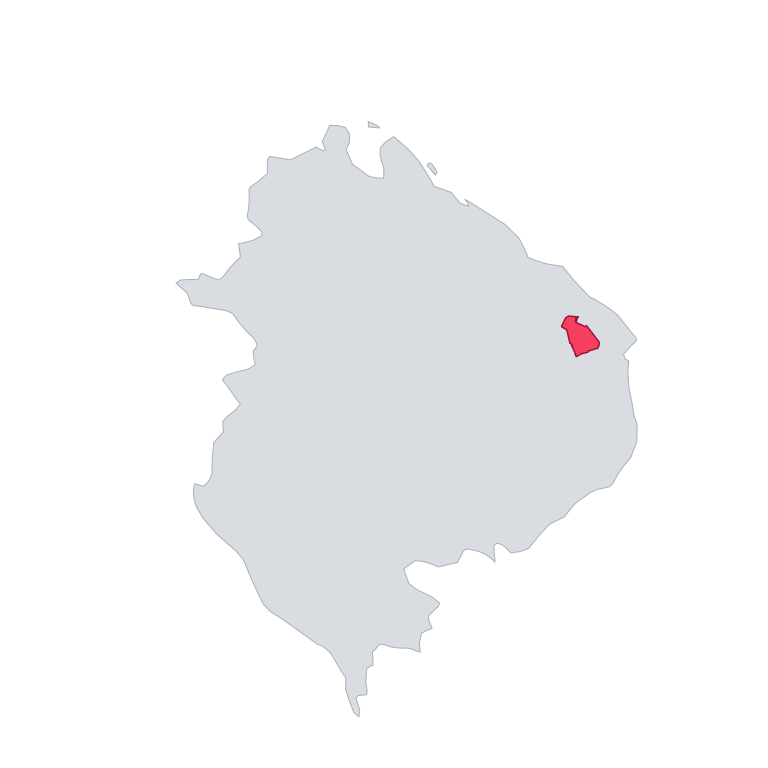 Bavel, Batdâmbâng, Cambodia (highlighted), rotated 143°
{"feature_id": "14789045B6741933347766", "entity_name": "Bavel", "entity_type": "district", "adm_level": 2, "iso_a3": "KHM", "parent_name": "Cambodia", "parent_adm1": "Batdâmbâng", "projection": "equal_earth", "projection_center": [102.818, 13.225], "detail": "fine", "context": "in_parent", "style": "filled", "palette": "rose", "viewbox_px": 768, "rotation_deg": 143, "n_neighbors": 0, "source": "geoboundaries", "source_scale": "gbopen_adm2", "svg_char_len": 5335}
<svg xmlns="http://www.w3.org/2000/svg" viewBox="0 0 768 768"><g transform="rotate(143 384 384)"><path d="M604.4,133.4L605.8,139.8L602.3,151.9L598.5,162.9L591.3,172.5L591.0,179.6L588.6,200.6L589.6,207.4L591.4,213.1L593.8,216.2L600.2,236.8L606.1,255.6L611.8,271.1L612.9,280.8L607.9,305.6L602.0,328.3L602.6,339.7L605.2,351.0L608.1,366.2L609.3,385.6L607.9,398.2L605.2,406.1L600.0,414.1L595.4,418.2L589.9,411.4L585.5,411.1L579.7,413.1L575.1,416.3L565.7,428.1L555.4,439.6L541.0,442.5L535.4,451.1L529.4,452.3L518.0,452.7L510.6,454.7L510.9,459.0L510.4,479.2L510.6,484.0L509.4,485.2L504.3,485.8L495.5,482.7L483.7,477.7L475.2,476.9L470.9,485.8L468.4,489.2L465.2,489.8L461.9,491.3L460.7,495.3L460.5,500.2L462.1,508.6L462.8,522.0L462.4,531.2L465.5,537.0L483.7,556.4L489.0,561.3L489.7,564.2L486.5,574.8L489.4,589.7L483.7,589.4L474.3,583.0L469.7,579.1L464.3,582.2L462.4,581.6L458.6,574.3L453.8,566.8L448.8,566.3L438.2,569.3L427.5,571.3L423.4,571.3L421.7,572.7L415.5,583.8L412.8,581.9L402.0,577.6L392.1,576.0L390.0,578.9L391.3,588.0L393.5,596.8L392.2,600.6L386.8,605.2L379.6,613.6L375.2,620.2L372.1,621.8L361.2,621.5L350.3,622.3L345.9,628.5L341.8,633.3L338.3,634.6L324.0,619.4L295.7,614.1L292.6,607.3L289.9,606.0L287.3,614.8L271.7,623.2L265.2,618.1L260.4,612.0L261.1,604.4L265.6,598.3L273.3,593.9L276.9,578.5L271.0,558.8L265.8,553.0L260.4,548.5L254.7,555.8L249.9,568.4L244.8,574.8L237.8,576.3L227.4,575.7L223.3,557.0L222.0,540.9L223.4,522.6L225.0,511.7L215.0,496.7L214.4,482.5L209.6,475.1L208.2,478.8L208.3,482.9L206.9,480.0L191.2,438.2L188.5,418.8L191.2,403.9L192.8,398.8L188.3,391.0L181.9,382.1L170.6,370.4L169.9,351.9L167.4,330.1L164.0,322.8L158.8,309.4L156.0,298.3L155.1,268.9L156.5,266.6L164.5,265.7L174.8,263.6L176.4,258.9L174.6,255.0L181.1,248.3L190.5,233.8L197.8,218.6L203.0,209.0L206.1,199.5L216.7,186.0L231.2,176.7L241.1,174.5L251.4,171.3L261.2,166.8L265.9,166.4L278.1,171.8L284.7,173.2L291.7,173.2L298.9,173.7L305.1,173.2L320.1,169.4L336.0,172.4L350.2,170.0L367.7,165.6L376.4,168.4L384.3,172.8L385.4,181.7L387.2,185.8L389.8,188.9L393.3,188.9L397.8,182.7L401.5,176.3L402.7,175.1L402.9,178.2L404.8,185.2L408.2,192.0L411.6,196.6L417.3,202.6L420.9,202.9L432.9,197.2L451.0,205.5L453.1,209.7L459.0,218.1L465.3,224.2L479.4,224.5L484.3,209.7L481.8,200.6L473.7,184.8L471.5,175.5L474.1,173.8L487.6,172.1L489.8,170.2L492.7,160.0L496.4,161.1L504.0,162.5L511.9,155.5L516.5,148.1L519.1,151.5L522.0,156.6L525.1,159.6L530.8,164.0L537.1,170.3L541.1,176.4L544.3,178.8L552.3,177.0L554.5,177.3L559.1,169.9L562.3,165.9L565.1,167.0L569.2,166.9L577.5,157.5L582.3,148.8L584.9,146.5L592.5,150.8L595.5,149.9L599.7,138.0L604.4,133.4ZM218.0,532.3L216.4,533.4L215.0,533.4L213.5,531.6L213.6,524.9L214.7,520.8L217.3,520.0L218.0,532.3ZM241.7,598.6L238.6,603.2L233.5,593.8L233.5,591.2L241.7,598.6Z" fill="#d9dde1" stroke="#a8b0b8" stroke-width="1"/><path d="M187.0,287.5L187.0,289.7L187.0,294.3L187.0,296.4L187.1,302.5L187.1,304.5L187.1,308.6L188.7,308.6L192.0,314.7L193.6,317.7L193.4,317.7L193.2,317.6L193.1,317.8L193.1,318.0L193.0,318.3L193.0,318.6L192.9,318.7L192.9,318.8L192.8,319.0L193.0,319.1L193.0,319.3L192.9,319.4L192.7,319.2L192.7,318.9L192.6,318.7L192.4,318.6L192.2,318.7L192.0,318.8L192.0,319.0L191.9,319.1L191.7,319.1L191.7,319.3L191.7,319.5L191.8,319.6L191.9,319.4L192.0,319.3L192.3,319.3L192.2,319.4L192.2,319.5L191.9,319.7L191.9,319.8L191.9,320.0L191.8,320.3L191.7,320.2L191.4,320.0L191.3,319.9L191.2,319.9L191.1,319.7L190.9,319.6L190.8,319.8L190.7,320.0L190.7,320.3L190.8,320.3L190.9,320.2L191.0,320.2L191.1,320.3L191.1,320.5L191.1,320.8L190.9,321.0L190.7,320.9L190.4,320.8L190.3,320.7L190.2,320.7L189.9,320.4L189.7,320.5L189.4,320.7L189.4,320.8L189.3,321.0L189.2,321.1L189.0,320.9L189.0,320.7L189.0,320.4L189.0,320.5L188.9,320.5L188.8,320.4L188.7,320.5L188.5,320.8L191.7,323.5L192.0,323.9L192.8,324.6L195.8,327.3L199.1,327.4L199.2,327.5L207.3,323.3L207.6,323.1L207.7,322.9L207.6,322.7L207.5,322.4L207.5,322.1L207.4,322.0L207.3,321.8L207.2,321.7L207.1,321.2L206.9,320.8L206.9,320.7L206.8,320.4L206.7,320.3L206.6,320.1L206.5,319.9L206.4,319.8L206.4,319.6L206.3,319.3L206.2,319.2L206.0,318.8L205.9,318.6L205.9,318.4L205.9,318.1L205.8,317.9L205.8,317.7L205.7,317.4L205.6,317.2L205.7,316.9L205.7,316.7L205.8,316.4L205.9,316.2L208.6,310.1L211.0,304.6L210.9,304.4L210.7,304.3L210.7,304.2L210.4,303.9L210.4,303.7L210.2,303.5L210.2,303.4L210.2,303.2L210.2,302.9L210.3,302.9L210.3,302.7L210.2,302.5L210.3,302.4L210.5,302.3L210.6,302.2L210.8,301.9L211.0,301.9L211.0,301.7L211.0,301.4L210.9,301.4L210.8,301.2L210.7,301.2L210.8,301.0L210.8,300.9L210.7,300.8L210.7,300.7L210.8,300.7L211.0,300.6L211.3,300.6L211.3,300.3L211.5,299.7L211.7,298.5L211.9,297.6L212.4,295.2L212.6,294.5L213.0,293.6L213.1,293.4L213.3,293.2L213.4,291.3L213.8,291.4L213.9,291.1L213.8,290.9L213.9,290.6L213.9,290.4L213.9,290.2L213.7,290.2L212.7,289.8L207.6,289.3L207.4,289.3L207.2,289.3L207.1,289.2L207.2,288.9L201.9,286.7L200.9,287.3L198.1,286.2L194.1,284.8L192.0,284.0L191.9,283.8L191.7,283.9L191.5,284.0L191.4,284.2L191.3,284.3L191.1,284.4L190.9,284.5L190.7,284.5L190.4,284.6L190.2,284.7L190.1,284.9L189.9,285.0L189.7,285.1L189.4,285.2L189.4,285.3L189.2,285.4L189.2,285.5L188.9,285.7L188.8,285.8L188.7,285.9L188.6,286.0L188.4,286.1L188.2,286.3L187.9,286.5L187.7,286.7L187.6,286.8L187.5,287.0L187.4,287.1L187.2,287.3L187.0,287.5Z" fill="#f43f5e" stroke="#9f1239" stroke-width="1.5"/></g></svg>